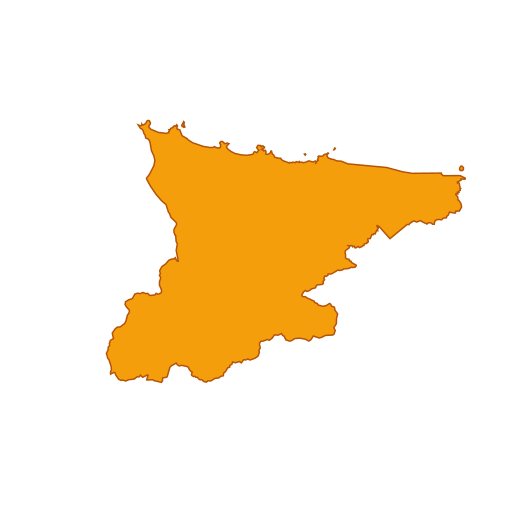 Mandailing Natal, Sumatera Utara, Indonesia (Albers equal-area conic projection), rotated 116°
{"feature_id": "22746128B80893459197040", "entity_name": "Mandailing Natal", "entity_type": "district", "adm_level": 2, "iso_a3": "IDN", "parent_name": "Indonesia", "parent_adm1": "Sumatera Utara", "projection": "albers", "projection_center": [99.32, 0.78], "detail": "fine", "context": "isolated", "style": "filled", "palette": "amber", "viewbox_px": 512, "rotation_deg": 116, "n_neighbors": 0, "source": "geoboundaries", "source_scale": "gbopen_adm2", "svg_char_len": 6152}
<svg xmlns="http://www.w3.org/2000/svg" viewBox="0 0 512 512"><g transform="rotate(116 256 256)"><path d="M292.0,151.6L288.2,152.1L286.4,154.6L281.6,154.1L276.7,156.3L272.2,157.3L270.2,161.1L267.6,163.1L267.9,166.0L266.5,168.0L266.5,169.2L269.6,171.0L271.9,173.8L272.8,178.9L271.8,180.0L272.1,182.7L271.1,184.0L271.3,191.9L270.9,193.7L272.1,196.3L271.0,197.7L267.6,197.5L265.3,196.5L265.6,195.0L265.1,194.1L263.0,192.4L261.4,191.8L258.5,188.6L256.0,188.8L255.3,188.4L252.3,183.8L251.1,183.5L249.7,184.5L247.3,184.0L246.6,185.1L244.7,185.4L243.8,185.3L243.6,184.1L241.9,182.9L240.4,183.3L239.7,181.4L238.7,180.1L232.8,176.2L232.3,174.2L231.4,173.5L231.1,172.6L229.1,171.4L226.7,167.3L224.4,165.5L224.1,164.3L222.6,162.1L221.0,161.6L220.3,161.9L220.0,167.1L219.0,168.5L219.4,169.7L218.2,170.9L218.9,173.4L218.2,174.8L215.3,176.2L214.0,177.4L211.9,178.0L208.1,175.9L206.3,176.0L206.2,177.3L204.6,174.3L205.4,173.1L204.1,172.0L205.2,170.8L205.1,170.0L202.7,168.4L203.0,166.5L200.9,164.8L199.9,164.7L199.3,163.6L197.7,163.9L196.1,162.0L195.3,162.3L194.6,161.4L193.3,161.6L192.6,162.7L191.4,162.9L190.2,160.9L185.8,161.3L185.5,160.0L184.1,159.8L183.9,158.6L180.4,158.8L179.9,157.7L179.2,158.6L178.1,158.2L176.8,158.5L176.8,159.9L175.6,160.5L175.4,158.6L181.7,143.2L161.5,134.0L160.8,132.3L159.4,132.1L155.3,129.7L155.1,126.5L152.0,123.6L152.4,121.5L152.3,116.3L150.7,115.7L149.9,114.4L149.5,112.6L150.1,111.4L149.3,109.7L146.8,110.5L144.9,110.1L143.2,108.1L142.1,105.0L140.7,104.7L139.3,103.6L138.2,101.6L136.7,101.9L134.8,101.1L131.8,101.4L130.3,96.0L129.7,95.6L128.2,96.2L126.4,92.9L121.8,92.7L118.9,94.9L117.0,98.2L117.1,99.0L114.4,100.6L113.4,103.1L112.6,103.6L111.7,101.8L110.6,102.9L109.9,101.5L109.1,102.3L107.5,101.2L106.4,102.0L105.5,101.7L105.4,102.4L101.5,105.2L101.3,106.6L102.0,106.9L101.4,107.5L97.9,104.9L96.8,105.5L95.6,102.2L94.9,101.7L94.3,102.1L94.3,107.9L101.7,122.8L101.2,125.1L100.2,125.7L113.3,152.0L116.1,161.4L119.2,177.4L132.9,213.8L133.4,220.9L135.1,225.2L135.2,228.8L136.1,230.7L135.8,231.0L136.3,233.8L135.2,235.9L133.8,236.5L131.9,235.9L131.8,236.5L133.0,236.8L134.8,239.2L137.4,240.1L138.5,243.2L139.4,243.9L140.4,242.9L142.3,243.0L142.9,242.1L144.3,242.8L147.3,243.0L144.4,242.9L144.6,244.3L146.6,246.1L147.3,250.2L150.3,252.9L151.5,254.6L151.5,256.0L152.7,257.7L152.1,258.7L153.3,259.2L153.5,261.2L154.9,261.6L155.4,264.0L156.2,264.4L157.2,266.7L157.8,266.8L158.5,273.8L158.0,275.8L157.3,276.6L158.1,278.1L159.0,282.5L157.5,284.3L157.1,286.1L154.9,288.1L155.3,288.7L156.6,288.3L158.5,289.1L159.7,290.4L160.1,291.8L157.6,292.9L156.9,294.1L158.1,295.2L157.6,296.0L157.9,297.7L155.0,295.8L154.4,296.2L154.0,298.0L154.5,298.8L155.4,298.8L155.5,299.5L154.7,300.3L155.6,302.7L158.3,303.0L159.9,299.8L161.3,300.4L162.7,300.4L162.8,302.9L163.7,303.4L165.6,303.3L166.7,304.3L169.5,308.4L171.6,313.7L173.1,320.0L173.0,324.3L172.1,328.7L170.9,330.2L169.7,330.5L166.9,329.5L167.1,331.4L168.7,333.2L167.8,336.4L168.5,337.8L169.6,338.2L170.7,338.0L171.4,336.6L174.0,335.7L175.2,336.4L176.1,340.1L175.8,341.1L177.3,342.3L178.5,344.5L180.6,351.4L182.0,362.7L181.2,368.8L180.7,369.3L180.3,375.2L176.1,379.7L176.4,382.7L174.2,383.8L173.6,383.5L172.8,384.8L174.6,385.2L174.7,386.3L176.1,387.2L176.9,386.9L178.7,388.6L180.1,388.6L180.6,389.6L181.3,388.7L182.5,389.0L183.4,388.5L185.1,390.4L187.7,397.9L188.2,406.0L187.2,408.7L185.8,409.3L183.8,408.9L182.2,409.5L182.1,410.3L181.2,411.0L181.3,412.2L182.2,413.1L185.3,413.3L187.5,414.6L188.0,415.6L187.5,416.4L188.5,416.0L189.1,416.4L189.7,417.4L189.8,419.3L191.9,415.9L192.0,413.9L192.8,412.5L195.2,410.2L196.1,408.5L198.3,406.9L198.2,403.7L199.8,401.5L207.2,396.1L210.8,391.7L214.4,388.8L219.4,387.4L228.8,387.5L233.9,388.5L234.8,388.1L239.7,381.2L244.4,372.8L247.7,365.2L249.2,359.4L254.8,354.1L255.8,352.3L258.6,349.4L260.7,342.9L261.5,341.7L263.0,341.1L267.9,341.4L270.4,340.3L272.8,337.9L272.9,337.1L277.9,334.2L279.7,332.0L285.9,330.2L294.7,323.6L295.1,324.1L294.9,325.4L292.9,327.8L294.6,328.5L295.6,330.3L298.0,332.5L302.9,333.8L306.6,335.9L310.7,336.2L311.7,336.0L313.7,334.3L315.8,334.3L316.8,332.6L318.0,331.9L321.1,331.6L324.4,330.1L327.7,326.3L330.0,325.1L331.1,325.4L333.3,327.1L333.3,329.4L335.2,329.7L338.1,334.2L337.0,336.9L338.1,338.5L338.4,341.7L340.7,343.7L341.3,346.1L343.3,348.2L348.6,348.5L351.0,351.1L354.3,353.2L357.0,352.4L358.8,349.7L360.0,346.5L361.0,345.6L363.6,345.2L365.5,345.7L371.2,344.4L374.3,344.5L379.3,347.0L380.7,349.4L383.1,350.6L388.3,351.4L392.7,347.9L395.6,349.9L398.9,349.5L400.7,348.3L402.5,348.9L405.7,347.7L409.0,347.8L412.9,344.4L413.8,342.6L418.6,337.9L421.5,336.1L424.2,335.9L425.9,334.9L423.2,332.9L422.6,331.8L424.5,329.8L427.0,325.4L427.0,322.8L425.8,321.1L425.5,318.3L423.1,316.3L419.9,311.4L416.9,310.1L415.8,308.0L413.8,307.7L414.7,304.7L410.4,301.3L410.6,300.7L415.2,300.0L415.2,299.5L412.5,294.6L412.7,293.0L411.0,285.6L409.1,285.3L406.6,286.5L404.4,283.5L403.4,282.9L393.8,284.6L392.0,284.1L387.2,280.7L388.2,279.2L388.5,276.9L386.8,274.8L385.5,268.9L385.8,267.8L387.1,266.5L388.1,264.3L388.4,262.5L391.0,262.0L391.6,261.1L391.7,259.1L391.0,258.2L391.3,257.0L390.8,255.8L391.9,252.5L391.0,250.6L391.7,247.6L391.1,245.3L389.1,244.4L388.2,241.9L383.9,239.1L381.9,236.0L379.7,235.0L378.0,232.9L375.3,233.7L373.3,232.7L368.8,232.4L367.5,230.9L366.0,231.6L363.8,230.2L361.6,230.6L361.0,227.7L358.1,224.6L358.5,222.4L354.7,221.6L353.8,219.5L352.2,218.3L352.1,215.8L348.5,212.2L346.1,210.8L345.0,210.3L341.2,210.7L339.2,212.1L336.9,211.8L333.6,214.4L331.5,214.5L330.6,214.2L329.2,212.1L326.2,209.4L325.9,207.1L322.9,205.5L318.9,204.9L317.3,201.2L314.6,199.2L315.7,197.2L315.8,195.5L318.3,192.4L317.8,188.6L316.8,187.2L313.0,184.7L310.7,180.6L309.1,175.2L309.3,171.2L307.0,169.9L302.8,169.4L302.0,163.4L300.6,161.6L296.9,158.7L293.4,152.4L292.0,151.6ZM89.2,110.8L89.6,109.7L88.8,108.1L87.5,107.4L85.6,108.3L85.0,110.3L85.5,111.3L87.7,111.5L89.2,110.8ZM172.0,379.0L171.4,378.6L172.0,377.3L171.3,376.5L168.9,378.9L167.5,378.8L166.9,379.9L171.2,380.0L172.0,379.0ZM124.5,231.9L124.4,232.6L126.4,232.6L126.1,232.1L124.5,231.9ZM143.2,257.2L143.8,256.0L142.9,255.8L142.6,256.6L143.2,257.2Z" fill="#f59e0b" stroke="#b45309" stroke-width="1.5"/></g></svg>